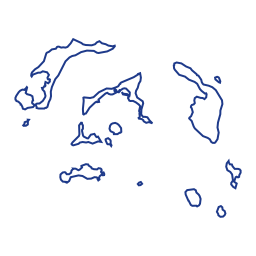 Motu, Tonga (orthographic projection)
{"feature_id": "48082658B71435976816388", "entity_name": "Motu", "entity_type": "district", "adm_level": 2, "iso_a3": "TON", "parent_name": "Tonga", "parent_adm1": "", "projection": "orthographic", "projection_center": [-174.08, -18.719], "detail": "fine", "context": "isolated", "style": "outline", "palette": "blue", "viewbox_px": 256, "rotation_deg": 0, "n_neighbors": 0, "source": "geoboundaries", "source_scale": "gbopen_adm2", "svg_char_len": 5718}
<svg xmlns="http://www.w3.org/2000/svg" viewBox="0 0 256 256"><path d="M222.0,100.3L215.8,90.1L212.3,87.2L208.7,85.7L203.5,84.5L202.7,83.7L201.8,82.2L201.2,79.7L198.4,75.6L197.0,75.2L196.6,74.2L191.9,70.2L190.5,68.3L186.1,66.5L181.4,63.4L176.6,62.5L174.3,63.5L174.2,65.2L173.8,65.4L174.1,68.4L174.8,69.7L179.2,74.8L185.0,76.6L189.0,79.7L194.6,81.9L197.2,83.8L199.9,89.0L201.5,90.8L205.0,93.6L206.1,93.3L206.6,94.2L206.2,97.3L204.5,99.1L202.7,98.0L200.7,97.9L196.8,96.7L194.8,98.1L194.3,100.4L194.8,103.1L193.7,104.4L191.8,105.0L191.0,106.2L190.9,107.3L191.7,108.2L192.8,112.2L191.1,116.2L189.4,117.7L189.2,118.5L191.7,121.0L193.7,126.5L194.8,128.4L203.0,136.1L207.7,137.9L209.8,139.3L211.3,142.0L212.8,142.9L214.6,142.9L215.3,142.4L217.5,139.2L218.7,132.6L217.5,127.5L218.0,122.5L220.3,114.2L220.4,110.5L222.4,104.1L222.0,100.3ZM55.3,79.1L58.3,75.5L65.5,61.3L69.5,57.4L72.2,56.0L75.4,55.3L81.1,52.1L86.9,50.6L93.9,50.9L96.9,52.7L98.6,53.0L107.3,51.4L112.8,48.7L114.8,46.3L114.7,45.7L112.7,46.3L108.4,45.6L105.7,44.2L102.0,43.3L99.4,41.2L96.8,42.4L95.1,44.2L91.7,45.3L85.7,45.0L83.0,44.3L81.4,43.0L73.2,39.2L70.7,43.3L67.5,46.9L65.5,47.6L63.2,47.3L61.2,47.6L59.0,46.7L57.8,46.7L57.0,47.0L55.9,48.7L51.9,49.4L49.0,51.8L46.9,52.7L46.3,53.4L43.9,61.2L38.4,67.1L35.0,69.3L32.0,72.4L31.4,73.9L31.2,75.8L31.7,76.5L32.9,74.6L38.0,72.7L40.3,72.7L42.8,71.3L47.1,72.3L48.9,74.9L47.5,77.6L47.7,78.8L48.1,79.3L49.6,79.2L50.0,79.7L49.6,81.0L49.8,81.6L48.2,83.3L45.5,82.0L45.0,84.2L45.5,85.1L45.3,86.0L44.9,86.4L44.3,86.2L43.3,87.8L42.0,87.9L42.5,89.5L44.4,91.5L45.5,95.9L45.1,97.3L42.8,100.9L39.5,103.5L37.0,103.6L35.8,104.3L35.6,104.9L36.6,106.8L36.6,108.0L38.6,108.5L44.4,108.5L45.4,107.8L46.1,107.9L47.4,106.9L48.8,102.1L50.3,99.2L51.0,96.2L50.8,91.7L51.9,87.0L55.3,79.1ZM142.7,101.3L137.2,97.5L135.6,93.2L136.1,90.7L137.7,87.9L138.9,83.5L140.4,81.1L140.9,77.6L140.1,73.2L138.3,73.9L138.5,74.2L133.7,77.2L121.2,82.5L120.5,83.0L120.3,83.9L119.6,84.1L118.3,86.2L116.3,87.2L111.8,88.8L106.6,88.5L99.0,92.2L93.5,97.2L90.1,98.0L84.0,97.4L83.4,97.7L83.7,100.9L82.9,109.1L83.2,114.1L83.8,114.5L84.8,113.7L85.9,113.5L89.6,107.7L95.1,102.5L96.4,101.7L97.1,102.2L99.1,101.9L98.9,100.7L98.4,100.5L98.5,99.5L105.5,93.5L107.3,92.8L108.7,93.9L110.7,94.5L112.6,94.4L116.3,92.5L115.8,91.5L115.4,91.8L114.6,91.2L114.3,90.1L114.9,89.3L116.2,90.1L116.9,91.7L118.8,92.3L119.1,92.0L118.4,91.9L119.6,90.1L120.4,90.3L122.8,88.7L124.4,88.3L126.1,88.6L129.8,92.4L129.7,94.9L129.4,96.0L127.1,94.1L123.2,93.7L121.8,92.1L123.0,94.4L127.2,95.2L128.2,95.8L128.5,96.5L128.0,98.0L129.3,100.6L130.3,101.0L133.0,100.9L135.8,102.3L138.9,104.6L140.2,106.2L139.1,111.0L139.8,113.0L139.4,113.7L139.8,116.5L139.6,117.2L138.6,117.9L138.9,118.6L141.8,119.1L143.3,120.2L143.7,121.3L146.2,122.8L148.9,122.1L152.4,123.3L149.6,120.5L147.4,117.3L145.0,116.8L143.1,116.9L141.2,114.5L141.4,109.5L143.2,103.3L142.7,101.3ZM78.5,175.4L82.5,176.0L87.3,178.8L91.2,178.6L94.4,177.2L96.3,177.3L97.5,177.8L97.5,179.0L98.3,180.4L99.5,179.5L99.0,177.6L99.9,176.0L101.9,174.5L102.8,175.3L104.1,175.1L104.3,174.1L103.6,172.4L103.1,172.3L102.2,173.2L101.3,172.5L101.0,171.8L101.7,170.2L101.3,169.1L100.5,168.5L98.5,168.2L97.1,169.4L93.9,169.2L91.7,168.4L91.3,167.3L88.7,165.6L88.2,164.5L85.9,164.2L81.9,165.7L82.1,165.9L81.5,166.4L82.0,167.5L79.6,169.7L78.4,170.2L75.7,168.7L73.6,168.6L73.8,168.8L72.8,169.2L71.5,170.6L71.1,172.7L69.1,174.2L66.7,174.2L65.4,172.4L64.6,172.2L62.7,172.5L60.5,174.5L60.3,177.2L60.9,179.6L62.8,181.6L66.0,181.9L65.9,182.3L66.9,182.7L69.2,181.0L70.7,177.2L78.5,175.4ZM33.1,100.5L32.4,96.3L30.5,95.1L27.1,94.2L25.7,92.9L27.1,87.5L26.8,87.1L25.9,88.3L26.1,88.6L24.6,89.3L24.4,89.9L22.4,89.6L20.2,90.7L18.7,92.2L16.3,95.8L15.4,97.9L15.5,99.7L16.2,100.3L16.4,101.0L18.4,101.7L20.5,103.7L20.6,104.6L21.2,104.6L22.3,106.7L22.9,108.7L25.1,109.4L27.6,107.9L33.0,107.1L34.5,105.4L34.0,104.6L32.3,103.4L32.1,102.4L32.5,100.9L33.1,100.5ZM81.1,122.7L79.1,125.4L79.4,134.3L78.9,136.0L72.5,142.4L71.5,144.0L72.4,145.1L73.4,145.3L78.6,143.8L79.8,142.6L82.6,142.0L86.1,142.5L88.4,142.0L92.6,143.6L98.1,141.4L101.2,141.9L98.0,136.6L96.8,137.1L96.1,136.7L94.4,133.9L90.8,134.7L88.2,138.3L87.1,138.3L83.8,136.6L83.1,135.7L82.1,131.2L82.1,129.8L82.9,128.8L82.9,125.3L82.2,124.4L81.9,122.8L81.1,122.7ZM187.2,190.1L185.4,192.1L185.7,194.6L188.4,200.7L188.7,200.7L190.8,204.9L192.3,205.8L196.3,205.7L197.1,206.4L199.1,205.3L200.0,203.7L200.6,198.9L199.6,196.0L198.7,194.6L196.4,192.5L195.8,190.3L194.0,189.2L187.2,190.1ZM231.9,164.5L229.8,164.3L228.8,162.4L228.6,161.0L226.8,163.3L226.2,166.7L227.4,170.2L230.3,171.9L232.1,174.4L232.9,180.0L232.6,181.1L231.3,182.8L231.2,184.4L233.2,186.9L235.4,188.2L236.7,183.5L234.3,181.9L234.2,181.3L235.7,177.2L236.7,176.7L238.0,177.4L239.1,176.9L239.3,175.1L240.6,172.7L240.6,170.5L239.7,169.4L238.2,168.9L234.7,168.9L232.5,166.2L231.9,164.5ZM110.1,125.7L109.5,128.8L110.3,130.7L110.7,131.3L113.8,132.7L113.9,134.1L117.5,134.1L119.8,132.6L120.5,132.7L121.3,131.9L121.1,128.1L118.9,125.1L117.4,123.8L115.2,122.9L112.6,123.4L111.3,124.1L110.1,125.7ZM220.9,206.1L218.7,207.0L216.9,211.8L218.2,214.0L218.4,215.3L220.4,216.8L223.0,216.6L224.6,215.2L225.4,213.5L224.7,211.1L222.6,209.6L222.3,207.3L220.9,206.1ZM106.2,139.0L105.6,139.4L105.7,140.5L107.1,143.7L107.6,144.2L110.0,144.3L111.2,146.0L111.5,145.3L110.6,143.5L110.7,140.9L110.1,139.7L108.1,138.2L105.7,139.1L106.2,139.0ZM217.1,76.8L215.1,77.6L215.4,79.4L218.9,82.3L220.0,82.7L220.3,81.3L219.1,78.1L218.5,77.3L217.1,76.8ZM28.9,119.8L27.8,119.7L28.0,120.7L27.7,121.1L24.7,122.2L24.4,124.0L23.2,125.4L23.6,125.8L26.0,125.7L27.8,124.5L27.9,121.2L28.9,119.8ZM139.1,182.6L137.8,184.0L138.8,185.3L140.5,185.1L142.1,183.8L140.8,182.0L139.1,182.6Z" fill="none" stroke="#1e3a8a" stroke-width="2"/></svg>